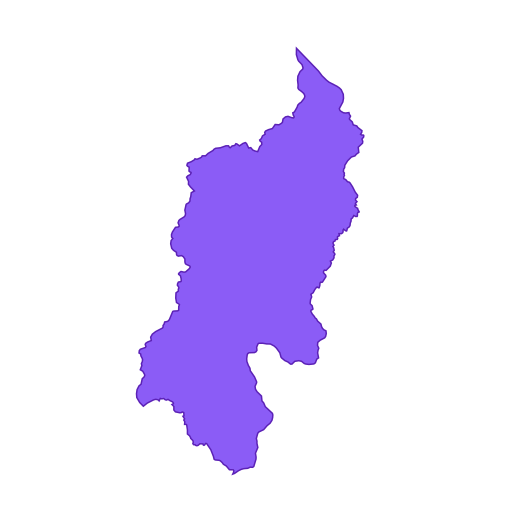 outline of Marquetalia, Caldas, Colombia, rotated 121°
{"feature_id": "7082276B4972068249253", "entity_name": "Marquetalia", "entity_type": "district", "adm_level": 2, "iso_a3": "COL", "parent_name": "Colombia", "parent_adm1": "Caldas", "projection": "robinson", "projection_center": [-75.04, 5.308], "detail": "fine", "context": "isolated", "style": "filled", "palette": "violet", "viewbox_px": 512, "rotation_deg": 121, "n_neighbors": 0, "source": "geoboundaries", "source_scale": "gbopen_adm2", "svg_char_len": 6122}
<svg xmlns="http://www.w3.org/2000/svg" viewBox="0 0 512 512"><g transform="rotate(121 256 256)"><path d="M224.2,356.1L226.8,352.2L229.3,350.9L230.6,347.6L232.0,342.3L235.1,344.1L238.7,342.5L240.9,342.0L242.9,340.9L245.1,341.1L247.3,342.4L248.0,342.4L253.3,340.6L256.0,338.2L257.9,337.5L259.6,337.8L263.8,340.0L265.2,340.4L267.7,339.9L269.5,337.5L270.3,337.2L271.3,337.7L272.9,339.8L278.5,340.0L281.1,339.5L282.4,338.7L283.3,338.0L283.8,336.3L286.5,336.7L289.5,335.4L292.8,332.2L293.6,329.7L293.8,326.1L295.6,324.9L296.2,324.0L296.1,322.5L294.0,320.0L294.0,318.0L295.2,315.4L297.8,313.8L298.9,312.6L299.1,311.6L298.7,307.9L298.9,307.1L299.6,306.6L301.3,306.7L305.8,308.1L306.9,309.3L307.9,312.3L309.7,313.1L311.2,313.2L311.6,312.8L311.8,310.7L314.0,308.5L315.9,307.2L316.7,307.3L318.3,309.1L320.0,309.0L321.5,308.4L322.4,306.4L323.1,305.7L324.5,305.5L326.1,304.5L328.8,305.6L333.4,303.1L336.8,300.2L336.9,297.4L337.2,296.5L338.9,296.3L342.3,294.4L343.3,294.8L345.6,298.2L346.4,298.8L355.2,297.5L357.5,298.0L359.6,300.3L361.9,299.7L363.4,299.9L364.7,299.1L365.8,299.0L372.5,303.1L376.4,304.6L379.8,304.5L382.4,302.2L385.5,304.6L387.7,305.6L388.9,305.4L390.3,303.7L391.4,303.7L395.5,307.1L397.2,307.3L399.4,306.3L399.4,304.4L400.9,303.2L402.5,300.6L403.5,299.7L405.3,299.0L407.3,298.8L408.7,297.4L413.1,296.6L413.1,293.7L414.8,290.7L415.6,289.9L417.1,289.6L419.8,290.3L425.1,288.5L427.6,289.4L431.8,289.1L435.6,287.5L438.7,285.3L441.5,280.2L442.8,275.2L438.0,273.4L432.1,269.7L430.7,268.4L430.1,267.2L429.7,265.7L430.1,264.4L427.4,264.7L427.0,263.2L425.7,261.7L426.0,259.7L425.5,258.4L424.2,257.6L424.3,255.2L424.0,252.4L424.7,250.9L425.5,250.9L426.6,251.6L427.3,248.9L430.3,247.1L431.1,244.8L429.6,240.5L428.9,239.5L427.7,238.9L427.4,237.3L430.1,235.4L431.0,236.1L432.4,233.3L433.8,233.4L434.7,231.7L437.1,230.5L436.3,229.1L436.5,228.4L440.4,225.2L443.9,223.1L444.3,220.4L445.4,218.5L446.0,218.0L446.7,215.1L447.8,213.9L449.2,213.6L449.7,212.8L449.8,212.0L449.1,211.1L449.4,210.2L449.1,209.0L448.1,208.1L445.9,207.4L444.4,204.7L445.2,203.7L445.1,203.1L444.3,202.7L442.7,202.7L442.2,201.7L445.3,195.0L449.6,189.4L451.8,187.2L451.8,185.9L450.2,182.6L449.9,181.2L450.5,178.5L451.3,176.7L451.3,173.3L452.9,168.7L451.0,165.4L451.5,164.4L453.1,163.8L454.9,163.6L453.4,162.4L449.0,160.4L446.4,158.7L444.6,157.0L442.2,153.7L440.0,152.2L438.8,150.0L437.5,149.5L430.1,151.4L428.3,152.4L425.3,154.9L419.2,155.8L416.0,158.8L414.2,159.8L412.3,161.7L407.0,163.2L405.3,162.9L400.9,160.0L395.7,159.1L392.1,157.8L388.6,157.7L386.0,158.5L383.6,159.7L382.4,160.9L380.4,170.4L378.0,173.7L377.1,176.3L373.2,179.2L371.8,185.2L370.4,187.9L368.2,189.7L364.3,190.2L363.4,190.8L360.4,195.0L357.3,201.8L355.3,203.4L353.8,206.1L351.1,209.5L348.8,211.1L345.3,212.6L343.9,212.8L342.5,212.1L339.6,207.6L338.2,206.7L336.4,206.6L333.8,208.5L330.4,209.0L329.4,208.7L327.4,205.5L325.9,201.7L324.0,198.3L323.8,194.0L324.4,191.1L326.7,185.7L329.8,182.5L330.2,181.5L330.8,177.4L330.4,174.1L330.9,170.7L330.1,169.5L326.3,168.5L323.7,165.4L322.8,162.7L323.3,159.3L323.0,157.8L321.7,154.8L318.7,150.8L317.0,150.1L313.1,150.8L311.1,149.9L307.3,153.3L304.8,154.3L302.7,154.7L301.0,157.2L298.2,158.6L295.1,157.6L290.8,155.0L289.1,154.9L286.3,155.8L284.1,157.5L284.3,159.7L283.8,161.7L282.8,163.4L280.9,165.3L280.1,169.6L278.8,171.8L278.6,173.5L277.8,174.8L276.7,178.0L275.1,180.6L274.2,180.9L272.6,179.9L272.1,179.9L269.7,182.3L269.1,184.8L268.6,185.3L265.2,186.8L262.4,187.2L260.5,189.2L258.1,188.1L254.5,188.3L251.7,188.0L251.1,187.5L251.1,186.1L250.7,185.5L248.4,186.1L246.5,187.1L245.4,187.2L245.0,187.0L244.7,186.0L244.1,185.6L237.7,185.4L236.6,186.3L235.6,189.5L234.3,190.2L232.9,190.1L232.2,188.5L226.5,187.1L223.2,187.8L222.1,189.6L219.9,188.2L217.4,188.2L215.8,189.2L214.0,189.2L213.4,189.8L212.7,191.9L210.8,191.9L208.8,193.8L208.2,195.0L206.5,194.7L205.7,196.3L204.6,196.9L203.6,196.8L202.5,196.0L201.0,196.4L199.9,194.9L198.9,195.0L198.0,195.9L197.4,196.1L195.6,194.9L194.1,196.4L193.0,194.4L191.6,193.7L190.5,193.8L189.0,194.7L187.9,194.7L188.2,192.4L188.1,191.5L187.7,191.2L185.1,192.0L183.1,191.1L181.5,191.1L179.0,192.2L177.4,192.4L175.2,193.5L173.7,192.9L170.9,193.0L170.8,190.9L170.0,189.7L169.3,189.8L167.2,191.0L166.0,191.1L165.4,190.3L165.0,190.3L163.6,192.7L162.8,193.4L162.7,196.3L162.3,197.1L161.6,197.3L160.6,196.3L160.1,197.5L159.6,197.9L157.4,197.4L156.8,199.5L155.4,200.2L153.5,199.4L151.6,200.2L150.1,203.9L146.9,209.0L144.9,213.1L144.7,214.1L145.2,215.8L144.3,218.4L144.5,220.7L142.9,221.6L141.3,221.7L140.5,222.7L139.4,222.9L138.6,224.6L136.3,225.6L134.7,225.5L132.5,226.6L127.2,226.5L122.0,225.2L119.2,222.7L117.0,222.4L114.3,221.2L110.1,224.4L104.4,222.8L102.8,223.5L101.2,225.4L98.6,225.0L97.3,225.6L97.0,226.1L97.9,227.9L97.8,229.1L95.6,229.0L94.0,229.7L93.4,234.9L92.6,236.6L93.5,240.2L91.5,242.5L90.7,246.2L90.1,246.7L87.4,247.0L86.5,248.9L85.2,250.2L87.3,252.8L88.2,254.9L88.2,258.2L87.7,259.5L86.7,260.5L79.2,260.9L75.8,262.2L72.4,264.5L69.6,268.6L69.0,271.0L68.8,273.9L69.4,282.9L69.0,286.1L67.5,292.3L65.3,297.7L57.1,328.3L62.6,325.1L66.2,321.2L67.0,319.8L68.3,315.1L70.4,312.7L71.6,312.2L75.3,313.2L80.3,312.7L83.9,310.9L87.7,308.0L90.4,306.6L91.2,305.2L91.5,301.8L92.1,298.8L93.1,297.2L94.1,296.3L96.1,295.9L101.1,296.5L102.8,297.4L105.1,297.9L107.3,297.4L112.8,297.3L114.3,298.2L116.0,296.7L117.0,295.0L117.9,294.8L118.5,295.2L119.1,297.0L119.8,300.5L121.6,302.4L124.6,303.4L127.8,302.2L129.3,302.6L131.7,303.9L133.4,307.3L138.3,307.6L141.3,310.4L144.0,312.2L145.6,312.2L146.9,310.9L149.7,312.3L152.6,311.9L154.7,312.6L155.4,311.7L155.6,309.7L157.5,308.5L160.3,309.1L165.7,308.3L166.6,311.2L166.8,313.4L165.8,316.3L167.2,317.9L164.4,322.2L164.3,323.6L166.3,325.2L170.1,326.9L169.8,330.1L170.1,331.1L172.2,331.2L174.0,333.2L176.4,333.8L176.6,334.6L175.7,336.3L177.0,338.5L181.6,342.3L184.5,346.1L186.2,347.0L187.7,347.2L192.7,349.9L196.1,350.8L197.8,353.7L199.2,353.6L200.3,354.1L203.5,356.4L204.1,358.4L205.1,358.3L208.4,360.0L211.7,362.5L213.8,362.0L214.3,361.0L214.3,359.0L217.7,357.2L218.0,356.4L217.8,354.7L218.2,354.4L220.1,354.3L222.3,355.7L224.2,356.1Z" fill="#8b5cf6" stroke="#5b21b6" stroke-width="1.5"/></g></svg>